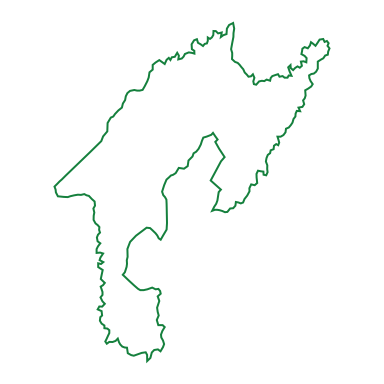 Marialva, Paraná, Brazil (Natural Earth projection), rotated 180°
{"feature_id": "56859067B62732144056511", "entity_name": "Marialva", "entity_type": "district", "adm_level": 2, "iso_a3": "BRA", "parent_name": "Brazil", "parent_adm1": "Paraná", "projection": "natural_earth1", "projection_center": [-51.888, -23.498], "detail": "fine", "context": "isolated", "style": "outline", "palette": "green", "viewbox_px": 384, "rotation_deg": 180, "n_neighbors": 0, "source": "geoboundaries", "source_scale": "gbopen_adm2", "svg_char_len": 4789}
<svg xmlns="http://www.w3.org/2000/svg" viewBox="0 0 384 384"><g transform="rotate(180 192 192)"><path d="M223.5,32.7L221.0,36.9L219.9,39.9L221.0,43.5L222.7,46.5L223.0,49.4L221.6,53.1L219.3,56.9L221.4,58.9L225.7,58.9L227.2,64.0L225.3,68.5L226.3,72.1L226.9,76.3L224.7,83.0L226.3,87.6L223.3,90.3L223.9,93.0L225.6,95.1L228.4,94.7L231.8,96.4L236.6,94.7L240.2,93.9L243.8,93.9L246.0,95.2L249.9,98.6L254.8,103.1L261.2,109.2L259.1,111.8L257.4,117.1L257.0,120.2L257.2,123.8L256.4,127.1L256.6,135.0L255.5,137.9L253.9,142.1L248.0,148.3L237.4,156.3L233.9,155.9L231.6,153.8L228.5,150.8L226.7,148.5L225.3,145.7L223.3,144.3L220.9,148.5L219.0,151.7L217.4,154.4L217.0,160.9L217.3,176.2L217.4,180.3L217.6,184.4L219.0,186.9L220.7,188.8L221.9,192.3L219.8,198.9L217.5,204.4L214.8,206.8L213.1,208.5L210.9,209.2L208.3,210.9L205.2,216.1L200.0,215.3L196.3,217.9L195.5,223.5L191.5,227.5L190.4,230.7L187.8,232.3L185.4,235.2L183.2,239.5L182.1,243.0L180.7,246.4L177.3,247.4L172.7,249.2L171.0,251.1L168.8,247.8L166.4,244.5L168.7,242.1L164.9,235.3L159.4,226.9L163.0,222.7L173.3,203.5L163.1,194.4L165.3,191.9L165.8,188.7L166.6,183.5L167.8,180.2L169.8,177.2L171.8,173.2L169.1,174.2L166.8,174.2L164.4,173.8L161.7,173.0L159.0,171.8L156.6,172.1L153.9,175.5L150.8,175.8L148.6,178.3L148.1,182.0L145.5,181.5L143.2,180.6L140.9,181.5L139.5,185.0L136.8,188.4L134.5,192.7L134.6,195.8L132.8,199.6L129.3,198.8L126.8,201.0L127.4,206.5L127.5,210.1L126.0,213.3L123.1,212.7L120.6,212.4L120.4,209.3L117.8,208.7L116.4,211.8L116.8,214.9L116.7,218.7L118.1,222.5L117.5,225.9L116.2,229.1L113.9,230.8L113.3,233.7L110.4,234.8L110.0,238.3L107.8,239.9L105.8,238.8L104.8,241.4L105.5,244.0L106.5,247.3L103.4,247.3L100.6,248.9L98.5,251.7L98.0,255.3L95.2,256.5L93.1,259.0L91.5,261.4L90.5,265.0L88.6,267.5L88.4,270.4L87.2,273.1L83.9,272.8L85.5,276.4L81.6,277.1L79.8,279.8L80.9,283.6L79.3,285.6L78.4,288.4L78.8,293.7L75.8,295.4L72.8,297.5L71.3,299.9L73.4,302.9L74.6,305.8L74.9,308.6L72.6,310.0L70.2,310.4L67.9,312.3L66.2,315.4L66.2,319.4L66.2,322.4L62.9,324.5L60.7,325.7L58.8,328.5L56.2,329.3L55.8,332.5L54.5,335.6L56.5,338.2L55.4,340.8L57.1,343.0L59.4,342.1L60.8,345.0L64.4,344.4L66.7,340.8L68.5,338.2L71.1,340.4L73.0,341.8L74.0,338.6L76.2,335.7L79.4,336.9L81.6,335.3L82.0,332.5L82.6,329.9L79.4,328.1L77.4,325.9L77.7,321.7L80.4,322.7L83.1,322.4L82.1,318.2L84.2,316.3L86.5,317.6L88.8,316.1L90.9,313.9L93.3,316.0L93.5,318.9L95.8,316.7L94.4,312.6L92.5,308.2L95.3,308.5L96.5,306.3L99.4,306.3L101.4,307.9L104.5,307.3L106.0,309.8L108.5,309.0L111.7,307.9L113.3,306.0L113.9,303.3L117.4,304.4L119.7,302.9L122.1,303.2L124.9,302.6L127.8,299.3L130.1,299.9L130.7,302.7L129.6,306.2L131.1,309.7L133.0,307.7L135.5,307.3L137.1,309.3L139.3,311.5L140.7,314.7L142.7,317.0L144.4,319.2L146.3,321.1L149.0,322.1L152.0,324.9L151.8,328.0L151.8,331.1L152.9,334.8L151.7,341.4L150.6,347.0L150.5,350.9L149.8,355.4L150.9,361.0L154.9,359.0L157.1,355.4L157.5,349.9L160.7,348.8L163.1,347.0L162.3,351.5L165.9,350.6L168.2,352.9L170.5,353.0L170.7,349.0L172.1,346.6L174.0,345.1L176.2,346.5L176.2,343.2L177.1,340.6L179.3,340.1L181.0,338.0L183.5,339.8L186.0,341.2L187.1,344.8L189.9,343.7L192.4,339.7L192.1,334.8L189.7,333.2L189.6,330.4L192.0,331.1L195.2,331.6L199.1,330.0L200.4,327.4L202.2,325.5L205.7,324.6L205.1,328.3L206.8,331.2L209.2,327.2L212.2,326.7L213.6,324.0L215.2,326.1L217.4,324.2L219.3,320.0L221.9,321.9L224.7,323.9L228.4,321.5L231.3,319.1L231.3,314.4L234.5,311.7L235.3,306.5L236.7,302.8L239.3,297.7L241.4,294.1L244.3,293.4L246.9,293.4L249.7,294.0L254.0,293.1L256.6,290.9L258.2,287.7L258.9,283.9L261.1,280.5L262.1,276.4L265.6,273.6L269.0,270.0L270.7,267.5L273.2,266.4L276.4,261.0L276.7,252.6L280.9,247.6L282.7,242.9L294.1,231.7L318.1,208.6L322.1,204.6L324.5,202.5L326.5,200.4L329.5,197.4L328.4,194.4L328.1,191.6L326.1,187.7L320.2,187.1L316.2,186.9L313.6,187.8L309.7,188.7L306.1,189.3L303.0,189.1L299.7,189.9L297.5,188.7L295.1,188.1L292.2,185.0L289.4,182.5L289.0,178.3L290.6,175.5L289.7,171.5L290.3,168.3L290.4,164.1L288.5,160.6L286.2,158.8L284.6,156.9L284.9,154.1L284.0,151.4L286.0,149.3L287.1,146.5L286.4,142.7L283.7,140.7L286.0,137.7L287.4,134.9L287.4,131.1L283.8,131.4L280.9,130.5L283.6,126.4L284.4,123.9L280.7,121.9L283.0,120.0L285.8,120.7L285.8,116.9L281.3,114.0L282.4,108.9L283.2,105.0L281.2,103.0L279.2,101.1L281.0,98.8L283.3,97.4L281.5,92.0L281.5,89.1L283.5,86.6L281.5,82.6L279.2,80.2L281.8,77.4L284.7,77.5L286.3,74.6L282.4,72.9L281.9,68.5L283.7,66.8L284.1,63.3L282.4,60.4L279.6,58.5L279.6,55.8L276.6,55.4L274.7,53.8L274.7,50.9L276.0,48.2L277.4,45.1L278.7,42.5L277.2,40.3L274.7,42.1L271.4,42.0L268.4,43.1L266.2,45.4L265.0,41.8L263.8,39.6L261.7,37.4L259.3,36.5L257.0,36.3L256.2,30.8L252.8,28.9L250.2,28.3L245.7,29.9L242.3,31.1L238.3,31.7L236.9,29.1L236.8,23.0L233.6,26.1L232.2,31.5L229.8,34.0L226.1,34.6L223.5,32.7Z" fill="none" stroke="#15803d" stroke-width="2"/></g></svg>